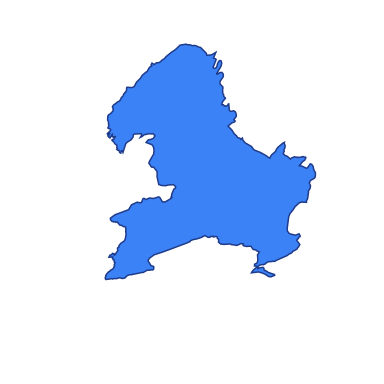 Malemba-Nkulu, Katanga, Democratic Republic of the Congo, rotated 40°
{"feature_id": "63176286B11863220768150", "entity_name": "Malemba-Nkulu", "entity_type": "district", "adm_level": 2, "iso_a3": "COD", "parent_name": "Democratic Republic of the Congo", "parent_adm1": "Katanga", "projection": "equal_earth", "projection_center": [26.787, -8.06], "detail": "fine", "context": "isolated", "style": "filled", "palette": "blue", "viewbox_px": 384, "rotation_deg": 40, "n_neighbors": 0, "source": "geoboundaries", "source_scale": "gbopen_adm2", "svg_char_len": 6006}
<svg xmlns="http://www.w3.org/2000/svg" viewBox="0 0 384 384"><g transform="rotate(40 192 192)"><path d="M170.3,295.4L172.9,292.8L173.3,293.0L173.5,293.8L174.5,294.3L175.3,294.5L175.9,294.1L177.6,295.7L178.5,295.6L179.1,297.6L180.1,298.2L180.1,299.1L180.7,300.0L180.8,302.1L179.8,304.6L180.1,305.5L179.6,306.2L179.3,307.6L179.5,311.2L179.7,311.6L180.2,311.8L180.5,313.3L181.6,314.3L182.5,314.3L183.3,313.0L184.2,312.4L185.7,310.4L187.1,309.7L188.2,308.1L189.7,307.1L191.7,304.1L194.1,303.2L195.9,301.0L196.2,297.5L197.4,295.4L198.4,294.7L205.5,285.7L206.3,285.1L208.0,280.6L210.0,279.0L210.5,278.1L212.1,276.9L212.2,276.0L211.7,274.9L210.5,273.7L207.8,274.7L202.9,273.1L202.2,272.2L202.1,269.4L203.4,264.4L208.5,256.2L221.1,233.9L222.4,231.2L222.1,230.3L223.4,227.9L226.0,224.6L228.5,220.5L229.9,217.0L233.1,216.5L234.7,215.4L234.9,214.9L234.8,214.2L236.5,212.4L237.0,212.8L237.3,212.7L239.0,210.6L240.0,210.2L241.4,211.3L242.4,211.1L243.3,211.6L244.5,213.4L247.5,213.4L250.5,211.3L254.6,207.3L255.8,207.1L258.8,205.1L260.1,204.6L261.3,203.1L262.4,200.4L264.6,198.7L265.2,199.9L266.2,200.0L268.6,198.8L271.9,195.7L275.9,196.7L277.9,195.4L279.3,195.5L281.4,194.8L282.2,194.8L282.6,198.1L286.2,201.8L287.3,203.9L287.3,205.1L286.4,207.0L287.3,208.5L289.5,207.2L289.9,207.9L289.2,212.3L289.2,214.2L289.5,215.7L294.2,210.6L297.6,209.0L300.8,208.0L305.0,207.5L306.9,206.4L308.9,202.7L308.2,202.2L302.3,204.5L298.7,204.9L298.2,205.5L297.4,205.4L295.9,204.1L295.3,204.0L294.7,204.2L292.9,206.2L291.6,208.3L290.7,206.8L290.7,204.7L292.8,202.0L293.5,201.8L294.3,200.0L294.6,198.0L295.3,196.4L298.0,193.8L299.1,192.4L299.9,192.1L300.7,189.8L305.8,179.4L306.4,176.4L306.9,176.1L307.5,174.4L307.4,172.2L307.9,171.5L309.1,168.3L308.7,166.5L308.9,165.6L308.3,162.9L303.3,161.7L303.1,160.9L303.4,159.2L303.0,158.8L303.0,157.5L303.4,157.0L303.2,156.2L300.9,155.2L299.0,158.6L294.0,161.1L292.7,161.2L290.2,160.6L288.6,159.1L282.1,149.0L280.9,145.5L280.9,141.4L280.4,136.8L281.1,131.5L282.3,129.4L286.3,126.3L285.5,125.5L284.8,122.7L281.2,117.0L280.6,116.7L280.1,113.1L279.4,112.4L279.0,111.2L276.1,109.7L275.3,107.3L276.8,102.9L276.8,101.5L275.3,99.2L274.0,97.8L271.2,96.8L268.1,94.4L265.8,93.9L264.5,94.4L264.9,99.3L264.2,100.3L259.9,101.4L257.3,102.8L257.4,100.2L257.2,99.3L257.4,96.8L257.9,95.1L257.5,94.2L257.6,93.4L256.9,92.3L256.1,92.5L255.5,93.2L254.4,93.4L251.5,97.1L250.5,97.3L249.5,98.5L247.9,99.1L246.4,101.9L246.1,103.6L243.5,103.4L241.7,103.5L239.8,104.2L237.4,104.0L236.7,103.0L236.6,101.6L235.3,100.6L235.0,99.0L233.7,96.7L231.4,95.5L230.9,94.6L230.2,96.2L229.1,102.4L229.2,104.8L229.9,107.1L229.1,112.5L229.5,115.1L229.9,115.8L228.6,116.4L225.5,116.5L219.1,117.7L212.5,119.9L208.3,118.9L201.1,120.2L197.6,119.5L195.9,118.3L195.7,120.2L195.1,119.9L194.0,120.1L192.0,121.0L189.6,120.3L187.2,120.3L182.3,118.8L177.3,118.4L178.1,113.4L179.1,112.0L179.6,110.7L179.5,109.9L177.6,109.8L177.3,105.7L176.6,104.6L174.3,103.0L173.1,102.7L171.7,103.0L170.3,104.9L169.3,105.5L168.2,105.5L163.5,100.9L163.2,101.6L163.8,102.6L162.6,104.8L161.8,104.8L161.4,105.3L160.0,105.0L158.7,106.0L157.5,103.7L157.3,100.2L157.5,98.9L157.0,98.5L154.9,98.4L153.7,97.1L152.6,97.0L149.4,93.7L149.3,93.1L148.2,91.7L144.6,91.3L143.4,90.7L142.8,89.9L142.3,88.6L141.9,83.9L141.1,82.5L139.7,81.4L137.9,81.2L136.4,82.8L136.3,83.8L136.2,84.3L135.8,84.4L135.8,85.1L135.3,85.7L134.8,85.6L133.5,77.3L132.1,74.4L130.2,72.9L129.3,73.0L128.6,73.7L128.6,75.6L129.4,78.0L130.4,79.8L130.6,81.3L130.1,82.7L128.9,83.2L128.1,83.1L125.3,74.9L124.3,74.9L122.4,75.6L120.5,69.7L118.8,74.4L115.5,77.7L113.7,76.5L105.5,75.8L104.4,76.5L101.4,77.3L99.8,78.1L98.0,79.8L96.3,80.3L93.5,82.3L92.4,82.6L88.5,87.1L87.7,93.9L86.4,98.2L85.1,105.1L85.2,107.4L84.3,110.0L84.0,112.8L83.5,114.1L81.6,116.1L81.2,118.5L78.5,119.0L78.9,120.8L79.9,121.0L80.1,121.6L79.6,122.4L79.3,124.0L80.2,128.7L79.7,129.7L78.9,134.6L79.4,138.0L78.9,143.6L79.8,147.5L79.8,148.9L78.6,150.9L75.0,153.4L74.9,154.0L75.4,154.9L76.4,156.0L77.0,158.1L76.6,158.9L76.9,159.7L76.7,161.1L77.5,162.3L77.2,165.2L77.8,166.9L78.0,169.0L77.1,170.8L76.4,174.3L76.0,175.4L76.1,177.5L77.0,178.5L77.8,178.6L79.4,180.7L79.2,184.6L78.6,186.0L78.6,187.7L81.1,191.2L82.5,191.6L84.9,194.1L85.5,194.3L86.4,197.0L87.4,197.0L88.1,196.3L89.6,196.5L90.0,197.3L89.6,201.7L90.2,202.1L90.4,201.9L90.7,200.0L91.2,199.9L91.6,200.4L91.3,202.7L91.5,203.1L92.3,202.7L92.9,203.4L94.5,203.4L94.3,202.2L94.4,201.4L93.9,200.0L94.0,199.2L95.0,200.6L96.5,200.7L97.0,199.3L97.6,198.9L97.8,200.6L98.2,201.3L98.1,202.4L97.3,202.9L97.2,203.5L97.7,204.0L99.8,203.9L101.8,204.6L104.5,204.5L106.0,206.4L106.7,206.3L107.0,207.8L108.4,207.6L109.3,207.0L110.9,208.1L112.0,208.2L112.5,208.0L111.4,206.0L111.6,205.5L112.1,205.2L113.7,206.1L110.2,197.5L110.4,195.4L111.8,191.2L111.5,187.7L110.4,186.2L110.5,184.7L115.7,179.9L116.9,180.9L117.3,183.4L118.0,181.8L118.5,179.1L121.6,174.9L122.9,174.2L124.7,172.3L125.9,172.6L126.6,172.3L127.5,172.9L127.9,175.7L126.4,178.6L125.4,179.5L124.9,180.7L125.0,183.6L130.6,181.6L132.4,181.8L134.5,183.0L136.4,184.8L138.2,187.5L139.7,195.8L140.3,197.4L140.8,197.9L142.4,198.0L143.2,198.6L145.1,198.9L146.7,197.6L151.9,198.7L153.5,200.3L155.2,202.6L161.7,207.6L164.6,206.5L167.8,204.1L169.3,201.9L173.3,198.2L175.9,198.5L176.6,198.9L176.8,200.2L176.4,200.5L176.3,201.7L177.9,206.8L179.0,208.2L179.2,209.5L179.6,209.6L180.3,208.6L179.9,211.0L177.9,216.7L175.7,218.6L170.9,216.9L169.6,217.1L166.6,221.8L163.4,223.8L161.4,227.5L159.5,227.6L158.7,228.5L160.0,232.5L159.2,233.6L156.5,235.1L153.9,240.7L154.8,246.3L147.7,258.8L146.3,264.4L147.3,265.6L149.6,266.0L150.4,265.4L151.0,265.5L152.2,264.2L153.3,264.1L154.0,263.0L157.9,263.8L159.4,262.8L161.7,262.6L162.5,261.8L163.9,261.7L164.8,262.8L165.4,263.0L166.3,264.5L168.7,266.8L171.1,270.9L171.6,273.0L170.4,277.2L170.6,280.2L171.4,281.3L170.9,282.4L171.1,283.1L172.9,284.6L173.0,287.6L173.4,289.0L173.3,289.9L172.9,290.3L172.6,290.3L172.0,289.4L170.6,290.0L170.5,290.3L170.7,291.4L169.7,293.4L170.3,295.4Z" fill="#3b82f6" stroke="#1e3a8a" stroke-width="1.5"/></g></svg>